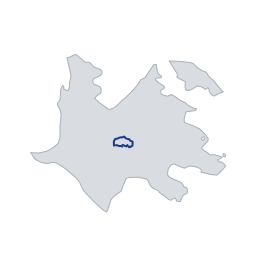 Ujar District, Ucar, Azerbaijan shown in context, rotated 170°
{"feature_id": "54616110B8701125158325", "entity_name": "Ujar District", "entity_type": "district", "adm_level": 2, "iso_a3": "AZE", "parent_name": "Azerbaijan", "parent_adm1": "Ucar", "projection": "albers", "projection_center": [47.737, 40.438], "detail": "fine", "context": "in_parent", "style": "outline", "palette": "blue", "viewbox_px": 256, "rotation_deg": 170, "n_neighbors": 0, "source": "geoboundaries", "source_scale": "gbopen_adm2", "svg_char_len": 4260}
<svg xmlns="http://www.w3.org/2000/svg" viewBox="0 0 256 256"><g transform="rotate(170 128 128)"><path d="M175.9,207.7L174.8,207.6L167.4,209.5L165.8,208.9L159.3,200.8L158.0,199.9L155.2,199.6L153.6,198.3L152.3,196.1L151.5,194.5L144.9,190.1L143.9,188.4L143.8,187.0L144.7,185.7L145.9,184.6L149.1,183.5L152.8,182.6L154.0,181.9L154.6,180.7L154.6,178.8L153.9,177.0L148.5,173.6L147.9,172.2L147.8,170.4L148.1,168.5L148.9,167.0L153.3,165.0L155.6,163.0L154.1,160.7L149.4,155.5L143.8,149.7L140.1,149.7L135.8,151.4L128.9,156.3L125.1,158.4L120.1,161.8L114.7,165.7L110.2,169.8L107.4,173.1L102.5,174.6L100.0,177.4L91.6,185.8L89.2,185.7L89.2,181.4L89.3,178.1L88.8,176.1L86.2,173.5L86.2,172.3L86.9,171.6L89.0,172.1L91.6,172.0L92.9,170.9L90.1,167.4L87.6,165.0L85.5,163.4L85.1,162.5L85.1,161.8L85.5,161.0L89.2,159.2L89.6,157.4L89.3,155.4L83.6,152.4L79.3,153.4L75.5,150.1L73.1,147.5L70.1,144.8L67.4,143.2L64.8,139.8L60.3,136.2L57.4,135.1L57.5,134.6L58.0,134.0L59.3,133.5L67.4,133.8L68.4,133.2L68.9,131.7L70.1,129.5L71.4,126.2L71.4,123.5L63.4,118.9L57.5,114.6L53.6,109.1L51.0,104.1L51.1,102.5L51.9,100.9L58.3,96.6L58.8,95.4L58.7,94.6L56.5,92.2L53.7,89.8L52.9,88.0L51.2,87.0L47.8,86.9L42.0,83.8L40.8,83.4L40.5,82.8L40.8,82.3L45.0,81.2L45.0,80.2L43.8,78.9L41.4,77.9L39.3,75.5L38.6,73.3L46.4,67.4L48.6,66.2L53.6,67.5L63.7,71.8L63.0,74.1L64.0,75.4L66.3,77.2L70.8,79.0L74.6,80.0L76.6,79.3L79.5,78.7L83.3,80.8L86.8,83.4L88.6,84.4L89.5,84.8L92.2,84.0L95.5,80.7L96.8,76.7L97.2,74.8L95.3,72.1L91.5,69.2L87.2,66.6L84.5,64.3L82.8,59.9L81.0,59.4L80.6,58.8L80.3,57.3L80.4,55.2L81.1,53.6L82.8,52.9L84.6,52.7L86.2,51.2L88.2,48.2L89.1,46.5L92.8,47.5L93.3,50.2L94.0,50.8L95.5,50.5L98.1,49.4L100.2,50.3L102.8,53.6L106.4,57.0L108.4,59.3L109.1,60.9L111.0,62.4L113.7,64.2L115.9,67.1L117.8,73.6L119.8,75.2L126.9,77.7L129.4,78.2L136.4,79.1L138.8,78.5L142.4,72.8L145.6,67.0L148.7,65.7L154.1,62.9L157.3,60.2L158.7,57.4L161.7,51.9L163.5,48.9L166.8,51.5L172.4,58.8L180.5,70.6L182.5,73.9L183.8,77.8L185.0,82.6L186.9,86.7L195.2,97.1L198.8,100.9L204.6,105.9L206.7,106.9L209.4,107.2L214.3,107.1L218.9,108.9L221.2,110.3L223.6,112.2L225.7,114.5L228.0,120.6L220.0,118.8L212.1,119.3L207.6,120.7L203.3,122.6L199.1,125.3L196.6,130.3L194.6,141.9L191.5,152.8L191.7,157.8L193.3,162.5L193.1,164.8L191.6,165.8L189.8,167.9L187.5,177.8L186.2,179.8L184.7,181.1L184.2,179.9L184.3,177.3L180.7,175.1L178.8,177.7L177.6,183.1L175.1,188.9L175.0,190.0L175.9,207.7ZM57.2,105.3L57.6,103.8L56.6,103.1L55.5,103.0L54.6,103.8L54.6,105.7L55.8,106.1L57.2,105.3ZM29.7,149.6L28.5,147.9L28.0,147.0L31.6,146.4L37.5,144.5L39.1,145.6L40.8,147.8L41.6,149.7L41.6,153.1L42.3,153.7L45.2,152.6L46.5,154.0L48.6,155.8L52.4,157.5L58.0,155.1L60.8,154.5L63.1,154.6L64.3,155.4L64.7,158.1L64.1,161.4L63.5,163.2L64.6,164.5L69.1,167.8L70.9,169.6L70.0,172.7L73.2,180.2L74.3,183.2L75.6,186.8L68.6,185.3L56.1,181.9L52.7,180.3L49.5,176.0L47.6,174.0L44.8,171.3L42.5,170.3L40.8,168.4L39.8,165.7L38.4,163.3L35.9,160.4L30.4,150.6L29.7,149.6ZM39.0,85.6L38.3,86.2L37.1,85.6L36.8,84.4L36.9,83.2L38.1,82.9L39.0,83.3L39.3,84.4L39.0,85.6Z" fill="#d9dde1" stroke="#a8b0b8" stroke-width="1"/><path d="M128.5,116.4L128.9,116.6L129.4,117.0L129.9,117.2L130.4,117.3L131.1,117.7L131.4,117.9L131.9,118.2L132.2,118.5L132.4,118.9L132.7,119.3L132.9,119.8L133.1,120.0L133.4,120.2L133.8,120.1L134.7,119.9L135.2,119.7L135.9,119.9L136.4,120.1L137.2,120.0L138.0,120.0L139.0,119.8L139.7,119.5L140.2,119.4L140.9,119.4L141.5,119.4L142.0,119.4L142.4,119.4L142.5,119.4L142.8,119.2L143.1,118.6L143.6,118.1L144.1,117.6L144.3,117.1L144.3,116.7L144.5,115.8L144.6,115.1L144.7,114.8L144.8,113.8L144.8,113.3L144.7,113.3L143.7,113.2L143.3,113.1L142.6,113.1L141.8,112.9L141.3,112.7L140.5,112.1L140.1,111.8L139.1,111.7L138.5,111.6L137.7,111.1L137.1,110.9L136.8,111.3L136.5,112.0L135.9,112.2L135.4,111.9L135.0,111.5L134.7,111.2L134.3,111.0L132.9,110.3L132.6,110.7L131.6,111.1L131.5,110.8L131.5,110.4L131.0,110.0L130.4,109.7L130.3,109.2L130.1,109.3L129.9,109.2L129.6,108.9L129.1,108.9L128.5,109.0L128.1,109.4L127.6,109.4L126.9,109.7L126.6,110.0L126.6,110.4L126.4,110.9L126.3,111.4L126.2,111.9L126.0,112.3L126.0,112.9L125.9,113.4L126.1,113.8L126.4,114.1L126.5,114.3L126.9,114.4L127.4,114.6L127.8,115.0L128.0,115.3L128.4,115.8L128.5,116.0L128.5,116.4Z" fill="none" stroke="#1e3a8a" stroke-width="2"/></g></svg>